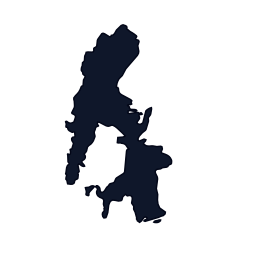 an SVG outline of Leninabad, rotated 115°
{"feature_id": "TJK-369", "entity_name": "Leninabad", "entity_type": "Region", "adm_level": 1, "iso_a3": "TJK", "parent_name": "Tajikistan", "parent_adm1": "", "projection": "albers", "projection_center": [69.514, 39.97], "detail": "fine", "context": "isolated", "style": "filled", "palette": "ink", "viewbox_px": 256, "rotation_deg": 115, "n_neighbors": 0, "source": "natural_earth", "source_scale": "10m", "svg_char_len": 6000}
<svg xmlns="http://www.w3.org/2000/svg" viewBox="0 0 256 256"><g transform="rotate(115 128 128)"><path d="M218.6,110.2L219.7,111.8L218.9,113.4L217.2,114.7L215.7,115.2L213.0,114.6L212.3,114.9L211.1,115.7L210.6,115.3L210.4,115.4L209.9,115.9L208.0,117.6L207.3,118.1L204.1,119.2L202.8,120.5L202.6,122.2L202.7,124.2L202.3,126.4L201.6,127.6L200.7,128.6L199.7,129.2L198.7,129.6L196.5,129.7L195.9,130.0L195.6,130.6L195.2,132.0L194.8,132.6L193.7,132.2L193.3,131.4L193.4,130.2L193.9,129.0L194.5,128.1L196.9,126.5L197.6,125.1L197.1,123.9L195.9,123.1L194.7,122.7L190.7,122.2L188.8,121.3L187.0,121.1L186.1,120.7L183.9,118.1L182.8,117.5L181.7,117.5L179.2,117.6L178.1,117.3L170.9,112.7L169.2,112.5L149.5,119.6L148.6,119.7L147.9,119.6L147.5,119.3L147.0,118.3L146.6,118.2L146.4,118.5L146.0,120.0L145.0,121.6L144.2,123.0L143.9,124.7L144.3,126.8L144.6,127.6L144.6,128.5L145.7,130.6L145.8,131.5L140.9,133.2L138.5,129.0L137.1,127.4L136.4,127.2L136.2,127.4L136.2,127.8L135.9,128.4L135.0,130.6L132.7,137.6L132.1,140.1L131.9,142.7L132.3,143.9L133.0,144.7L133.9,145.5L134.6,146.4L135.0,147.5L135.2,148.7L134.9,156.5L135.6,158.1L137.6,157.3L137.9,156.8L138.2,155.9L138.7,155.7L140.2,157.1L141.3,157.5L143.4,157.1L145.5,157.0L146.4,156.7L147.3,156.1L149.0,154.7L149.8,154.3L154.2,154.0L156.3,154.3L158.3,154.9L160.4,156.1L162.4,156.7L166.3,155.9L168.3,156.1L169.9,156.8L170.3,156.5L171.1,155.3L171.9,154.6L173.0,154.2L174.1,154.2L175.1,154.5L176.8,155.5L177.6,155.7L178.5,155.5L178.9,154.8L180.3,151.8L181.0,151.2L181.5,151.8L181.8,153.0L181.8,154.1L181.3,156.5L181.4,157.4L182.2,157.7L183.1,157.5L187.6,154.2L188.2,153.9L189.8,154.3L190.3,154.3L190.6,154.1L191.2,153.4L194.1,152.4L195.0,152.2L195.7,152.5L196.8,153.5L197.5,153.9L198.4,154.0L200.2,153.6L201.1,153.7L202.3,154.6L203.1,156.0L204.1,159.1L202.3,160.5L201.5,161.0L201.1,161.6L200.7,162.6L199.5,163.1L196.5,163.7L196.1,164.8L195.5,165.3L194.9,165.3L189.7,166.9L187.6,167.0L187.1,166.9L186.2,166.1L185.5,166.1L185.1,166.3L184.7,166.8L184.3,167.6L183.9,168.1L178.6,170.8L177.3,171.7L177.1,171.7L176.9,171.4L176.9,170.2L176.6,169.6L176.4,169.4L175.8,169.4L175.0,169.5L173.6,170.1L172.1,171.3L171.8,171.3L171.4,171.0L171.0,170.1L170.5,170.1L165.0,170.9L164.3,171.7L163.2,173.4L162.2,174.2L161.3,174.6L160.9,174.6L159.8,174.2L159.5,173.9L158.7,172.5L157.7,172.6L154.1,174.7L154.3,175.4L155.3,176.4L155.5,177.3L155.3,180.0L154.9,181.2L154.4,181.9L153.2,182.9L153.2,183.7L153.4,184.3L153.1,184.7L152.6,185.0L150.8,185.5L150.1,185.9L148.7,187.2L148.4,187.1L148.1,186.9L147.9,186.3L148.2,184.7L148.3,183.9L148.2,183.2L147.9,181.9L147.5,181.4L145.7,179.7L145.0,179.6L140.8,180.1L139.8,180.4L139.1,181.0L138.8,181.5L138.6,182.4L138.5,184.8L138.3,185.1L137.9,185.4L137.1,185.4L132.1,185.3L131.3,185.5L130.1,186.0L126.4,188.0L125.1,189.1L123.6,189.8L120.7,189.2L119.5,188.7L116.3,187.8L113.4,187.6L110.3,187.8L109.7,187.6L109.4,187.4L109.1,186.8L108.8,186.7L108.1,186.8L103.3,188.6L99.8,188.4L99.4,188.5L99.1,188.8L98.2,191.6L96.6,192.7L95.8,194.2L95.3,194.8L93.5,195.5L92.4,195.7L91.0,195.7L88.0,196.8L86.2,196.0L85.6,196.0L84.7,196.2L81.9,197.3L81.0,197.6L78.4,197.6L77.1,197.9L76.1,196.5L74.5,192.7L73.7,191.7L73.3,191.6L72.1,191.7L71.2,192.3L70.3,192.6L69.5,192.4L68.7,191.6L68.3,191.4L67.5,191.1L66.8,191.0L61.4,192.8L60.1,192.8L53.6,191.6L52.7,190.7L52.5,189.0L53.1,184.0L53.1,183.1L52.6,182.3L52.3,182.2L51.4,182.3L51.1,182.3L50.2,180.9L48.2,180.1L44.1,179.8L38.0,177.5L36.6,176.1L36.3,173.5L36.5,172.2L37.3,171.5L37.8,171.3L38.3,171.4L38.6,171.3L39.1,169.2L39.7,167.0L39.9,164.6L40.3,161.9L40.9,159.4L41.4,158.8L42.2,158.8L43.5,159.0L44.2,158.6L44.4,158.4L44.1,155.5L45.1,154.5L49.2,154.0L53.9,150.7L55.8,150.1L58.2,150.2L75.3,155.0L82.9,155.4L87.0,156.9L89.5,157.1L92.0,156.9L95.1,156.1L96.1,155.7L95.6,154.4L96.3,153.4L98.4,152.1L99.7,150.8L100.3,149.5L100.6,148.0L101.2,137.4L101.8,136.0L102.4,136.1L103.0,136.3L104.7,134.8L105.6,135.5L106.9,137.7L107.6,138.0L107.9,137.6L108.0,136.5L108.4,135.6L109.3,135.2L109.9,134.0L109.9,133.1L108.8,130.7L108.3,129.2L108.2,128.0L108.5,127.5L109.6,128.2L110.6,130.5L111.3,133.3L112.4,135.1L114.6,134.2L114.4,132.8L110.1,126.6L109.8,126.0L109.7,125.4L109.9,124.0L109.7,123.5L108.8,122.8L108.7,122.2L109.4,121.0L110.1,121.6L111.3,123.7L111.9,123.5L113.7,122.0L114.7,121.6L118.4,122.2L119.5,122.1L119.9,121.3L120.0,120.3L119.8,119.3L119.5,118.4L117.2,116.7L105.0,119.0L103.2,118.3L101.0,116.8L99.7,115.4L100.8,114.7L105.6,113.4L106.7,113.3L109.6,113.9L110.8,113.7L112.5,112.7L113.5,112.3L121.7,111.1L122.8,111.3L126.1,113.0L130.6,114.4L133.1,114.5L135.0,113.6L135.0,112.1L131.3,108.8L131.1,106.8L132.5,106.7L134.4,107.4L136.0,107.1L136.4,103.9L136.0,102.5L135.5,101.2L134.2,98.9L133.7,97.7L132.7,94.0L130.7,90.6L130.7,89.3L132.5,88.0L135.5,87.8L136.2,87.4L136.4,86.5L136.1,83.0L136.1,80.6L136.5,78.6L137.3,76.9L138.5,75.3L139.2,74.7L140.0,74.3L141.6,73.7L142.5,73.8L143.8,75.0L144.6,75.5L146.2,75.7L147.3,76.7L149.2,79.7L149.8,80.3L151.1,81.1L151.6,81.7L153.0,84.0L153.7,84.6L155.2,85.1L156.5,84.7L157.7,83.6L159.8,81.0L160.8,80.2L161.9,79.6L171.0,76.7L175.7,73.0L180.8,70.9L184.3,68.7L187.1,65.5L188.4,58.6L190.2,58.1L192.4,59.0L194.3,61.1L195.9,62.4L205.4,73.1L205.4,74.3L204.4,74.0L202.6,72.5L201.6,72.6L201.2,73.5L201.3,74.6L202.1,75.6L206.7,76.6L208.6,77.6L208.1,80.4L207.3,80.9L206.9,81.8L205.7,82.2L201.2,86.0L199.5,88.2L198.9,88.7L196.7,89.6L196.1,90.3L194.9,92.4L194.4,93.0L190.5,94.1L189.0,95.0L188.2,96.3L188.4,98.0L189.8,100.0L189.2,102.3L191.7,103.4L192.7,103.7L195.7,103.1L196.8,103.6L198.2,105.8L198.9,108.8L199.8,111.5L201.8,113.0L203.9,113.1L206.1,112.9L213.2,110.6L217.6,110.1L218.6,110.2ZM195.1,133.8L195.9,133.8L202.0,135.8L203.8,135.9L205.3,135.1L206.0,135.3L206.3,136.5L206.3,137.6L205.8,138.1L204.1,138.5L202.7,139.2L200.1,141.4L199.8,141.1L198.4,138.7L197.9,138.1L196.2,136.9L195.5,135.9L195.1,134.8L195.1,133.8ZM198.4,59.4L199.7,60.0L200.9,61.0L201.6,62.1L202.3,63.7L202.4,64.8L201.4,64.6L200.5,63.8L199.1,61.8L198.2,61.0L197.6,59.6L198.4,59.4Z" fill="#0f172a" stroke="#020617" stroke-width="1.5"/></g></svg>